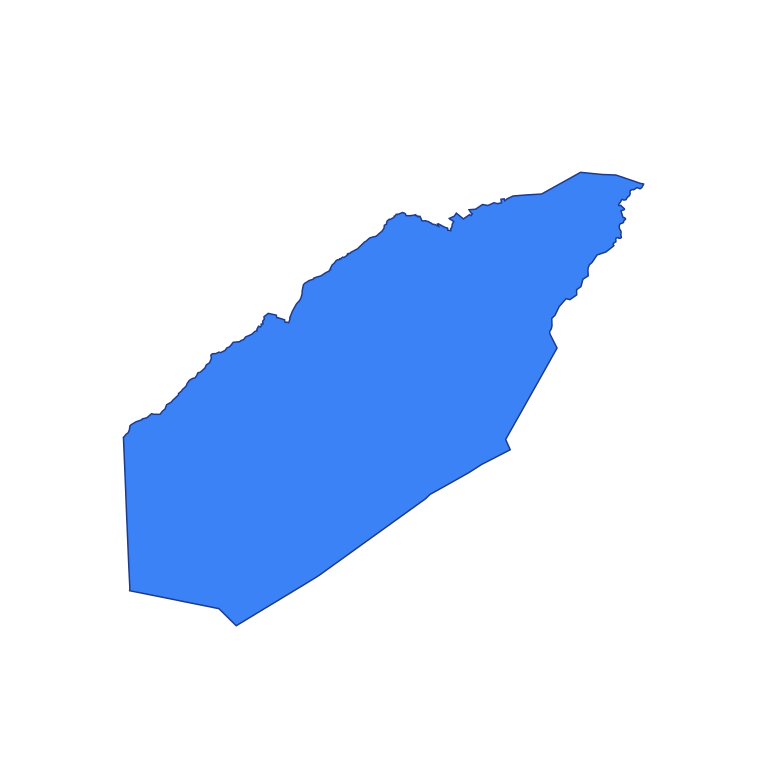 the district of Santiago Tenango, Oaxaca, Mexico, rotated 52°
{"feature_id": "50627088B72964972747290", "entity_name": "Santiago Tenango", "entity_type": "district", "adm_level": 2, "iso_a3": "MEX", "parent_name": "Mexico", "parent_adm1": "Oaxaca", "projection": "orthographic", "projection_center": [-97.014, 17.298], "detail": "fine", "context": "isolated", "style": "filled", "palette": "blue", "viewbox_px": 768, "rotation_deg": 52, "n_neighbors": 0, "source": "geoboundaries", "source_scale": "gbopen_adm2", "svg_char_len": 3901}
<svg xmlns="http://www.w3.org/2000/svg" viewBox="0 0 768 768"><g transform="rotate(52 384 384)"><path d="M265.5,622.1L299.5,646.4L330.3,668.6L330.6,668.8L334.7,671.7L369.2,696.4L388.3,709.9L390.3,711.7L459.4,652.4L483.5,649.3L486.1,627.3L493.3,567.0L494.8,553.4L500.0,421.3L499.3,415.9L502.7,394.1L506.1,371.5L507.5,356.6L513.5,325.0L502.6,322.3L486.2,282.9L480.4,269.0L476.7,260.1L462.2,225.5L446.4,222.4L444.5,220.9L443.6,218.3L441.7,215.9L435.6,211.4L435.1,206.9L430.8,198.2L428.9,188.0L432.0,185.5L432.4,177.3L428.3,174.2L428.5,168.8L423.9,162.7L424.5,156.5L420.2,153.5L418.3,151.8L416.5,148.8L416.3,145.2L413.5,136.6L416.6,127.9L416.6,119.1L416.5,117.7L415.8,117.6L415.6,117.6L415.1,117.4L414.5,116.5L414.4,115.2L414.6,114.2L414.7,113.7L414.2,113.3L412.2,111.9L412.0,111.4L412.3,110.2L412.6,109.8L413.0,109.2L413.4,109.2L413.9,109.2L414.7,107.8L414.7,106.8L414.0,106.3L412.6,105.8L410.1,103.5L408.8,103.1L407.6,103.0L406.6,102.8L405.8,102.4L404.8,101.7L404.1,101.1L403.4,100.0L403.3,98.8L404.1,96.7L404.0,95.6L403.2,94.9L402.9,93.6L402.9,92.2L401.9,91.9L400.9,92.2L400.1,93.0L398.8,92.7L393.5,90.7L393.7,90.0L394.5,87.6L394.4,87.0L393.9,86.7L391.6,87.1L389.9,87.4L389.0,87.4L388.1,89.0L387.6,89.0L386.9,88.4L386.1,85.2L385.3,84.0L385.1,82.7L386.6,81.9L387.5,80.5L387.7,79.6L386.9,77.9L386.7,76.6L386.7,74.6L385.7,73.0L383.3,71.2L383.3,70.2L383.6,68.9L384.7,67.4L384.9,64.2L385.3,63.6L386.4,62.8L387.5,62.3L388.0,61.6L387.8,59.5L386.4,56.4L386.2,56.3L385.7,56.7L383.8,58.4L362.1,72.6L356.3,79.4L353.3,83.0L338.2,98.8L331.3,142.9L322.6,155.5L315.4,166.4L313.9,172.7L314.0,176.0L312.1,175.3L310.4,178.1L313.6,179.9L311.6,183.7L308.9,185.7L307.3,192.2L303.2,195.9L302.6,204.3L299.0,209.7L302.7,210.1L304.3,209.6L304.9,211.8L303.2,212.3L302.8,219.8L293.9,221.8L295.0,225.3L293.7,230.7L294.2,230.7L298.8,229.0L300.1,231.8L302.1,233.9L302.8,235.9L304.3,237.0L302.0,239.1L300.3,237.9L298.0,239.6L291.3,242.5L290.9,243.4L293.3,243.9L289.4,245.9L287.8,247.5L286.4,247.6L285.0,248.6L283.8,248.7L280.8,250.9L279.0,253.6L274.0,252.4L273.2,254.2L272.7,253.8L270.9,255.3L270.1,254.8L269.1,257.1L267.3,260.0L265.0,262.9L263.1,262.4L261.9,262.7L260.3,263.8L259.4,266.9L258.8,269.0L258.3,269.1L257.8,270.0L258.5,271.7L258.0,272.5L258.8,273.6L258.2,277.7L257.4,278.4L257.5,281.1L258.2,282.3L259.6,283.8L259.1,286.0L261.2,288.0L262.3,291.3L262.5,296.4L262.7,297.2L262.6,299.7L261.6,301.6L260.1,305.3L260.3,308.7L260.5,309.6L260.1,311.9L261.0,320.1L261.3,321.8L260.9,322.9L260.2,327.3L259.8,329.0L260.2,330.1L259.4,331.3L259.8,332.5L259.0,332.7L259.9,334.0L259.7,337.6L258.7,338.3L258.5,340.2L258.9,341.0L258.1,341.8L258.5,342.3L257.5,344.1L257.3,345.8L258.1,348.3L258.3,351.7L260.1,355.4L261.0,355.7L260.7,356.8L261.2,358.0L260.5,360.8L259.9,367.3L258.2,371.5L257.4,374.0L257.8,374.7L257.5,376.2L256.3,379.6L256.2,381.6L255.9,384.0L255.8,384.3L256.2,386.4L258.7,389.4L260.7,391.6L262.2,392.7L263.1,393.8L265.0,396.4L266.2,399.0L267.0,403.7L270.3,411.5L272.8,415.7L273.8,417.5L274.6,417.7L277.0,421.3L275.2,422.7L274.8,423.8L273.6,423.8L272.2,422.8L266.8,426.5L265.8,427.6L263.4,426.5L257.1,431.7L257.1,437.2L259.3,438.5L259.8,440.9L262.2,442.4L261.2,444.0L262.6,444.8L263.0,446.2L261.2,447.3L262.7,450.6L264.0,451.3L263.1,453.1L263.4,457.8L261.7,464.1L262.6,467.3L261.7,469.9L261.8,471.6L258.3,477.2L259.0,479.9L259.6,482.9L258.8,485.6L259.7,488.4L258.7,493.5L257.3,494.4L256.5,497.8L254.5,500.6L254.7,502.7L257.5,504.2L259.9,508.4L259.6,511.2L259.6,512.4L261.2,515.4L261.6,521.5L260.6,523.7L262.2,526.8L262.8,529.3L261.8,531.3L261.3,535.0L262.3,538.6L263.9,541.3L264.3,546.6L264.9,547.8L264.9,551.7L266.1,552.7L266.7,560.1L267.3,562.9L266.5,568.1L268.9,571.9L269.0,575.4L270.0,579.2L266.0,584.2L264.3,585.4L264.6,591.5L263.7,593.8L262.7,595.8L263.0,597.1L261.1,602.7L260.4,608.2L260.5,609.8L263.6,613.2L264.9,615.8L264.8,618.2L265.6,621.4L265.5,622.1Z" fill="#3b82f6" stroke="#1e3a8a" stroke-width="1.5"/></g></svg>